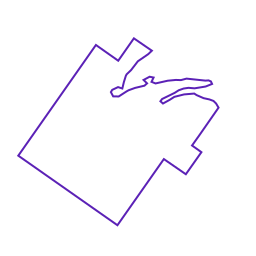 the district of Baraga, Michigan, United States of America, rotated 35°
{"feature_id": "52423323B69174987336620", "entity_name": "Baraga", "entity_type": "district", "adm_level": 2, "iso_a3": "USA", "parent_name": "United States of America", "parent_adm1": "Michigan", "projection": "mercator", "projection_center": [-88.299, 46.693], "detail": "fine", "context": "isolated", "style": "outline", "palette": "violet", "viewbox_px": 256, "rotation_deg": 35, "n_neighbors": 0, "source": "geoboundaries", "source_scale": "gbopen_adm2", "svg_char_len": 835}
<svg xmlns="http://www.w3.org/2000/svg" viewBox="0 0 256 256"><g transform="rotate(35 128 128)"><path d="M175.1,213.7L175.2,132.9L201.9,132.7L202.0,105.7L190.5,105.6L190.6,92.0L190.5,59.4L186.1,57.4L182.5,56.8L178.3,57.9L172.8,60.2L165.3,61.7L162.5,61.8L154.7,68.3L148.1,75.9L146.0,81.0L142.6,87.9L139.2,87.5L139.3,84.7L146.1,72.4L147.9,68.0L150.9,63.8L154.5,60.4L159.8,57.3L167.8,49.5L171.6,43.7L169.2,42.3L166.7,42.8L164.2,44.8L147.6,54.0L143.9,58.4L139.6,61.2L133.4,66.5L125.0,75.7L120.8,76.7L120.0,72.0L116.3,73.6L113.2,79.7L118.0,80.5L117.2,83.9L110.8,91.1L106.8,96.8L105.8,98.9L102.3,107.5L97.7,110.6L93.4,108.4L93.2,105.8L96.4,100.2L100.7,98.9L98.3,92.8L96.3,86.5L96.1,84.8L97.3,78.8L97.8,67.7L102.2,55.9L103.2,51.0L81.4,51.2L81.4,78.5L54.1,78.4L54.0,213.6L175.1,213.7Z" fill="none" stroke="#5b21b6" stroke-width="2"/></g></svg>